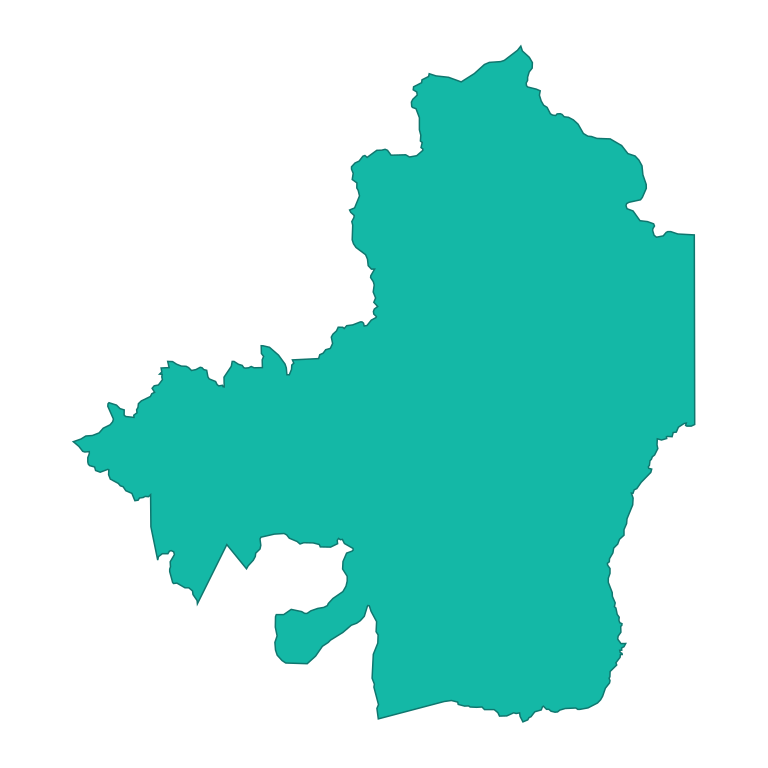 San Carlos, Alajuela, Costa Rica (orthographic projection)
{"feature_id": "36466004B93009353653886", "entity_name": "San Carlos", "entity_type": "district", "adm_level": 2, "iso_a3": "CRI", "parent_name": "Costa Rica", "parent_adm1": "Alajuela", "projection": "orthographic", "projection_center": [-84.486, 10.62], "detail": "fine", "context": "isolated", "style": "filled", "palette": "teal", "viewbox_px": 768, "rotation_deg": 0, "n_neighbors": 0, "source": "geoboundaries", "source_scale": "gbopen_adm2", "svg_char_len": 6084}
<svg xmlns="http://www.w3.org/2000/svg" viewBox="0 0 768 768"><path d="M694.3,234.9L677.9,234.0L670.7,231.6L667.8,231.6L666.2,232.4L663.2,235.9L656.5,237.2L654.1,235.3L652.7,230.7L652.8,228.8L654.5,226.0L653.6,223.8L647.5,221.6L640.0,220.7L633.1,211.0L627.0,208.7L626.0,205.7L626.6,203.6L629.0,202.3L640.5,199.8L642.3,197.5L646.3,188.4L646.2,184.4L642.9,174.8L642.0,165.8L638.9,160.1L635.1,156.0L627.9,153.6L621.7,145.6L610.2,138.9L596.9,138.4L591.4,136.5L587.9,136.2L583.4,133.5L578.1,124.2L573.4,119.9L568.5,117.3L564.2,116.8L562.0,114.4L560.2,113.7L557.1,113.9L555.7,115.5L552.6,115.1L550.4,113.8L547.1,107.4L543.6,105.2L541.2,101.0L539.4,95.2L540.2,90.8L536.2,89.1L527.7,87.0L526.5,85.7L526.2,83.0L527.6,80.4L527.6,77.2L529.2,71.9L532.2,68.1L532.4,62.6L529.3,57.3L522.4,51.0L520.8,46.1L517.5,50.3L504.3,60.4L500.7,61.6L489.3,62.4L484.4,64.5L474.3,73.6L461.2,81.9L448.6,77.3L436.0,75.9L429.2,73.7L428.6,76.5L422.0,79.8L421.6,82.7L413.6,86.8L413.2,89.8L416.8,92.0L417.2,95.1L412.8,99.3L411.4,102.1L411.7,106.3L412.4,107.4L416.0,108.7L419.4,117.7L419.4,129.8L420.8,135.2L420.4,141.0L422.2,142.5L421.0,147.6L422.8,148.9L422.8,150.4L416.7,155.7L409.5,157.0L405.7,154.8L391.1,155.2L387.5,150.3L385.1,149.3L381.6,150.2L376.8,150.3L367.1,157.4L364.9,155.5L362.9,156.2L359.1,161.1L355.0,163.0L351.5,166.8L351.5,169.1L353.2,173.3L352.2,179.5L356.9,182.9L356.8,188.0L358.2,190.4L359.5,195.9L354.6,207.9L349.6,210.0L350.8,212.4L354.2,215.5L353.9,217.6L351.8,221.6L352.7,225.1L352.2,239.8L353.5,243.8L356.0,247.5L365.6,254.7L367.5,259.2L368.2,265.7L371.4,269.1L374.6,269.1L370.8,275.7L370.6,277.6L373.3,281.7L374.2,285.0L373.2,292.0L375.6,298.0L373.8,302.3L377.7,306.5L374.3,309.1L373.4,311.5L373.8,314.1L376.4,316.6L376.1,317.5L371.3,320.1L367.0,325.5L364.2,326.0L363.5,323.1L362.0,321.9L360.4,321.9L352.7,324.9L346.7,325.7L344.2,328.5L342.8,327.3L338.2,327.2L336.5,330.9L332.9,334.2L331.3,337.1L332.6,343.5L330.3,348.4L325.7,349.7L323.1,353.2L319.8,354.7L318.6,358.6L292.4,359.9L293.8,363.2L291.8,365.0L291.5,369.4L289.3,374.8L286.9,374.7L286.3,367.9L285.0,364.0L278.5,355.1L269.5,347.3L263.2,345.8L261.2,345.7L261.4,353.5L263.6,356.4L262.2,359.8L262.4,367.6L254.1,367.8L251.2,366.5L248.7,367.8L245.2,368.1L243.8,367.7L242.2,365.4L238.5,364.3L234.0,361.4L232.2,361.4L231.3,366.3L224.0,377.2L224.2,386.9L223.0,386.7L222.4,385.3L218.8,385.9L217.1,384.6L215.6,381.5L209.2,378.9L207.9,376.8L206.7,370.3L203.8,369.6L202.0,367.7L200.2,367.3L195.9,369.6L191.5,370.5L188.6,367.6L186.1,366.3L181.4,366.1L176.6,364.2L172.6,361.6L167.7,361.4L169.1,367.6L161.1,368.0L161.8,372.0L159.6,374.1L162.2,374.3L161.8,376.9L162.4,379.7L158.4,385.0L154.2,385.8L152.1,388.3L154.6,392.3L151.8,393.7L150.4,396.5L141.3,400.9L138.4,403.7L138.0,407.4L136.6,409.8L137.0,412.8L133.8,415.2L134.0,417.4L125.6,416.5L124.1,415.0L124.2,409.9L120.0,408.6L116.5,405.1L109.0,402.7L108.0,403.8L107.8,406.3L113.4,419.0L112.7,421.7L110.1,424.8L103.2,428.2L99.1,432.9L92.4,435.5L85.8,436.0L81.0,439.0L73.3,441.7L78.9,446.4L82.7,451.3L84.8,452.0L89.3,451.6L89.3,453.7L87.8,457.6L87.8,461.9L88.3,464.1L89.6,465.6L94.6,467.0L95.6,470.5L100.2,472.2L107.7,469.4L108.8,469.7L108.6,474.7L110.3,479.1L118.3,483.4L120.3,485.8L123.1,486.7L125.8,490.7L131.9,493.4L134.9,500.7L138.1,500.2L139.5,498.0L143.2,497.5L145.1,496.4L148.5,496.7L150.6,494.7L150.9,526.8L157.7,560.1L158.5,556.6L162.3,553.7L167.9,553.7L169.4,551.2L171.1,550.6L173.7,551.8L174.4,554.6L170.2,561.8L170.5,566.8L169.7,569.1L169.7,571.6L172.6,582.4L173.5,583.5L176.9,583.1L185.0,587.8L188.8,587.8L192.5,590.9L193.0,594.6L197.1,600.5L197.4,603.8L226.8,544.6L246.5,568.8L248.2,565.8L253.3,560.2L255.3,556.5L255.7,553.2L260.0,549.0L260.8,545.3L260.0,539.0L260.9,537.2L274.4,534.1L284.1,533.5L286.7,534.9L289.3,538.2L297.1,541.5L300.0,544.0L303.7,542.7L313.1,542.9L319.3,544.5L320.3,546.9L330.6,547.1L337.6,543.7L337.2,540.4L338.6,538.4L340.4,539.7L342.4,539.4L344.4,543.5L353.0,548.4L353.2,550.0L352.1,551.1L346.6,553.1L343.0,561.5L342.6,569.0L347.2,576.3L347.2,581.1L346.0,586.2L342.9,591.6L332.9,598.5L328.3,603.5L327.4,605.6L323.8,607.4L317.8,608.4L310.9,610.8L307.1,613.4L304.7,613.4L301.7,611.6L291.2,609.4L283.7,614.6L276.3,614.6L275.5,616.7L275.3,627.1L277.1,635.9L274.9,642.4L275.5,650.0L277.2,655.2L282.0,660.5L285.7,663.0L307.2,663.7L315.6,656.1L322.4,646.3L328.3,642.4L330.4,640.2L342.9,632.4L351.3,625.2L356.7,623.2L360.4,620.6L364.3,616.3L367.3,606.5L367.9,605.5L369.3,605.8L371.1,611.4L376.6,621.6L376.1,631.7L378.1,634.9L377.8,643.1L373.3,654.3L372.1,678.2L374.4,684.2L373.9,687.1L378.5,704.6L376.9,708.4L378.3,718.9L444.2,701.5L451.4,700.5L457.7,702.1L458.2,704.4L464.6,706.1L468.6,705.9L470.1,707.0L476.5,707.3L482.0,707.0L484.5,709.6L494.2,709.6L497.9,712.7L499.5,716.1L506.8,715.9L513.7,712.8L516.1,713.5L519.6,712.9L520.1,716.4L522.9,721.9L527.7,719.9L529.0,717.6L531.0,716.7L534.8,711.8L541.3,709.9L542.4,706.9L543.4,706.2L546.5,709.3L548.9,709.3L551.0,711.2L555.0,712.2L557.6,711.9L559.8,710.1L565.2,708.5L575.8,708.0L577.8,709.4L579.7,709.4L588.0,707.9L597.5,703.0L600.6,699.8L602.6,696.3L605.4,688.2L609.5,683.0L610.0,680.7L609.1,678.2L609.9,676.8L610.1,671.5L616.7,665.0L615.9,662.8L620.1,657.3L620.4,654.6L622.2,654.5L622.0,653.4L620.2,652.4L619.7,650.3L621.7,650.2L621.6,648.0L624.0,646.7L625.7,643.5L621.0,643.6L617.7,639.1L618.1,636.2L620.9,632.2L620.7,626.4L621.8,625.4L622.0,623.7L619.8,622.7L618.9,620.3L619.2,617.2L617.2,614.4L615.9,608.0L614.4,606.7L615.2,602.9L612.4,596.4L612.2,592.5L608.3,582.4L608.3,578.2L610.0,573.4L610.0,568.5L607.6,565.1L607.4,563.3L609.3,561.8L609.5,558.7L612.9,552.9L613.7,548.1L617.7,544.1L619.5,539.3L624.0,535.2L624.0,529.6L626.6,523.6L627.0,518.8L632.7,504.9L633.1,498.1L631.4,493.1L633.0,493.3L634.2,489.8L636.8,488.6L641.2,482.3L650.8,472.4L651.7,469.1L648.7,468.3L648.3,466.8L649.4,465.4L650.0,460.7L651.4,459.3L652.3,456.8L654.6,455.0L657.8,448.6L657.0,444.8L657.3,438.8L661.5,440.0L666.7,438.5L666.4,436.9L667.2,436.4L672.1,436.7L673.2,432.5L676.3,432.1L678.4,427.2L684.1,423.5L686.3,423.1L685.6,425.4L686.8,426.1L691.3,426.1L694.7,424.5L694.3,234.9Z" fill="#14b8a6" stroke="#0f766e" stroke-width="1.5"/></svg>